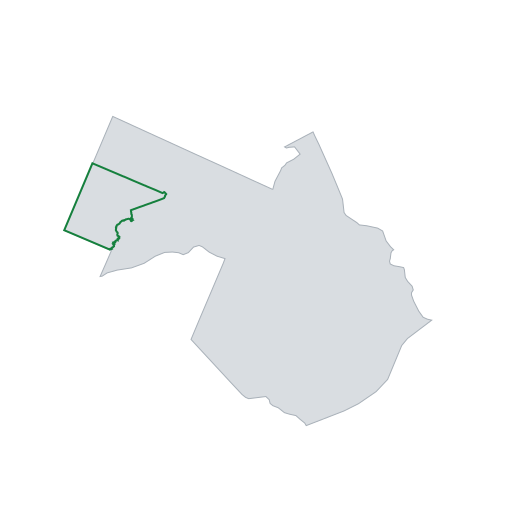 San Andrés, Petén, Guatemala (highlighted), rotated 293°
{"feature_id": "79465075B48357778365605", "entity_name": "San Andrés", "entity_type": "district", "adm_level": 2, "iso_a3": "GTM", "parent_name": "Guatemala", "parent_adm1": "Petén", "projection": "equal_earth", "projection_center": [-90.564, 17.38], "detail": "fine", "context": "in_parent", "style": "outline", "palette": "green", "viewbox_px": 512, "rotation_deg": 293, "n_neighbors": 0, "source": "geoboundaries", "source_scale": "gbopen_adm2", "svg_char_len": 5593}
<svg xmlns="http://www.w3.org/2000/svg" viewBox="0 0 512 512"><g transform="rotate(293 256 256)"><path d="M119.5,368.5L121.3,366.1L122.8,360.7L124.7,355.1L123.5,348.7L122.9,343.4L125.0,335.8L124.8,330.1L125.8,326.6L128.9,324.3L130.5,320.0L121.8,305.0L121.8,301.6L123.0,297.4L130.1,281.4L138.7,262.3L148.1,241.4L153.8,228.8L174.4,228.7L188.0,228.7L205.3,228.7L224.1,228.7L236.4,228.7L241.5,228.5L240.6,220.3L241.3,211.3L243.5,203.1L243.5,199.5L239.8,195.0L232.7,192.4L228.8,188.5L228.8,183.5L227.0,177.5L223.6,170.5L216.4,163.3L205.6,155.9L196.4,146.0L188.7,133.6L182.3,125.6L177.4,122.3L176.2,120.5L190.7,120.7L204.4,120.8L204.6,103.1L204.6,87.3L204.7,69.5L229.6,69.5L259.3,69.6L290.1,69.6L314.3,69.6L328.5,69.6L327.9,91.7L327.2,117.3L326.7,136.1L326.0,161.3L325.4,187.0L324.4,222.1L323.8,244.8L324.1,245.4L332.2,244.3L344.2,245.3L347.2,245.2L350.8,247.2L353.7,247.8L359.8,252.9L367.0,256.8L371.5,248.9L369.1,244.2L367.3,241.8L367.6,239.7L392.5,260.0L389.6,263.1L383.3,270.3L371.8,282.7L361.6,293.7L351.7,303.8L342.8,312.8L341.7,313.7L330.4,320.1L328.5,323.1L326.1,335.9L325.0,339.0L327.1,346.1L329.2,357.1L328.5,362.8L320.7,369.9L317.1,376.2L315.5,380.3L314.1,379.3L311.7,379.0L306.1,380.6L303.4,380.9L301.1,382.7L300.9,386.7L302.4,393.1L303.0,396.4L301.4,397.9L294.5,401.8L291.8,405.6L289.2,411.5L286.2,414.0L283.0,413.5L280.8,414.4L276.0,418.8L268.8,427.4L264.9,433.8L264.8,438.5L265.6,442.8L239.3,427.7L230.6,425.1L193.8,425.4L178.0,419.5L160.0,408.0L147.8,397.6L119.5,368.5Z" fill="#d9dde1" stroke="#a8b0b8" stroke-width="1"/><path d="M279.0,146.7L278.9,146.7L278.6,146.3L278.3,146.2L278.2,146.0L278.0,145.9L277.9,145.8L277.4,145.4L277.4,143.8L277.5,138.1L277.4,128.4L277.5,126.5L277.4,125.9L277.4,113.7L277.5,103.3L277.4,103.0L277.4,69.2L204.8,69.4L204.8,94.9L204.8,118.5L205.1,118.5L205.3,119.2L205.4,119.4L205.6,119.8L205.7,120.0L205.8,120.1L205.9,119.6L206.0,119.5L206.1,119.4L206.2,119.5L206.3,119.7L206.4,119.9L206.6,120.0L206.8,120.0L207.1,120.3L207.4,120.2L207.5,120.2L207.6,120.4L207.7,120.5L208.0,120.8L208.3,120.8L208.6,121.1L208.9,121.2L209.1,121.3L209.4,121.4L209.5,121.5L209.8,121.4L210.0,121.0L210.1,120.9L210.7,120.9L210.9,120.9L210.9,120.6L210.8,120.4L210.9,120.2L211.0,120.2L211.1,120.3L211.1,119.9L211.2,119.7L211.3,119.8L211.4,120.1L211.5,120.1L211.8,119.9L212.0,119.8L212.3,119.9L212.4,119.4L212.5,119.3L212.6,119.5L212.7,119.8L212.8,119.8L212.8,119.6L213.0,119.6L213.1,119.8L213.1,120.0L213.1,120.3L213.3,120.5L213.5,120.5L213.5,120.8L213.4,120.8L213.3,121.0L213.5,121.1L213.9,121.1L214.2,121.1L214.3,121.1L214.5,120.9L214.7,120.7L214.9,120.7L215.2,120.8L215.4,121.1L215.7,121.4L215.9,121.6L216.0,121.8L216.3,121.9L216.4,122.2L216.5,122.4L216.5,122.6L216.9,122.4L217.1,122.1L217.4,121.9L217.5,121.9L217.5,122.3L217.6,122.5L217.8,122.7L218.0,122.7L218.3,122.8L218.5,123.1L218.8,123.2L219.1,123.1L219.2,122.9L219.3,122.7L219.4,122.8L219.5,122.9L219.5,123.0L219.8,122.9L220.0,122.6L220.3,122.6L220.3,122.4L220.2,122.2L220.3,122.1L220.5,122.1L220.7,121.5L220.7,121.3L220.6,121.1L220.5,120.9L220.5,120.7L220.9,120.4L221.0,120.2L221.6,119.9L222.1,119.8L222.4,119.9L222.6,119.9L222.8,119.8L223.1,119.7L223.4,119.5L223.6,119.3L223.7,119.1L223.8,118.5L223.9,118.2L224.3,117.8L224.7,117.4L224.8,117.3L224.9,117.0L225.1,116.9L225.6,116.7L226.1,116.6L226.4,116.6L226.5,116.6L226.8,116.3L227.2,116.1L227.5,115.9L228.2,115.8L228.4,115.7L228.5,115.6L228.4,115.9L228.4,116.0L228.5,116.1L228.7,115.9L228.8,115.8L229.1,115.9L229.4,115.9L229.6,115.9L230.1,116.0L230.6,116.1L230.8,116.2L230.9,116.4L231.1,116.8L231.3,117.0L231.5,117.1L231.8,117.2L232.0,117.3L232.2,117.5L232.7,117.8L232.8,117.8L232.9,117.7L233.1,117.7L233.4,117.8L234.0,117.9L234.4,118.0L234.5,118.0L234.8,118.3L235.0,118.5L235.4,118.6L235.5,118.7L235.7,118.8L236.0,118.8L236.2,119.0L236.3,119.2L236.4,119.4L236.5,119.7L236.8,119.7L236.9,119.8L236.8,120.0L237.0,120.1L237.1,120.4L237.1,120.5L237.3,120.7L237.3,120.8L237.5,120.8L237.9,121.1L238.0,121.2L238.1,121.5L238.3,121.7L238.5,121.7L238.9,121.9L239.0,122.2L239.3,122.6L239.6,122.9L239.9,123.4L240.1,123.6L240.5,124.1L240.5,124.3L240.6,124.6L240.6,124.9L240.7,125.1L240.7,125.5L240.5,125.8L240.7,126.0L240.8,126.3L240.8,126.5L240.7,126.8L240.5,127.0L240.4,127.0L240.2,126.9L239.9,126.9L239.8,127.0L239.6,127.0L239.4,127.2L239.3,127.4L239.3,127.5L239.5,127.9L239.6,128.0L239.8,128.0L239.9,127.9L240.2,128.0L240.3,127.9L240.7,127.9L240.8,128.0L240.9,128.3L240.9,128.5L241.0,128.6L241.1,128.4L241.1,128.2L241.3,127.8L241.3,127.7L241.3,127.0L241.4,126.9L241.6,126.9L241.7,126.7L241.7,126.4L241.8,126.4L241.9,126.5L242.0,126.6L242.0,126.3L242.1,126.2L242.4,126.2L242.5,126.2L243.0,126.4L243.3,126.5L243.7,126.3L244.0,126.3L244.3,126.1L244.5,126.0L244.8,125.9L245.3,125.7L245.6,125.3L245.9,125.0L246.0,124.7L246.3,124.6L246.5,124.6L246.8,124.5L247.2,124.3L247.3,124.2L247.7,123.8L247.9,123.6L248.1,123.6L248.4,123.5L248.5,123.5L248.9,123.2L249.2,123.1L249.3,123.0L249.7,123.3L250.0,123.7L250.5,124.3L251.3,125.1L251.5,125.3L252.1,126.0L252.4,126.4L252.9,126.9L253.0,126.9L253.6,127.6L255.4,129.5L255.7,129.9L255.8,129.9L256.4,130.6L256.8,131.1L257.1,131.4L258.0,132.4L259.2,133.7L259.4,133.8L260.1,134.6L260.7,135.3L261.2,135.8L263.7,138.6L264.6,139.5L265.2,140.1L266.1,141.2L266.6,141.7L267.0,142.1L267.9,143.1L271.8,147.2L271.9,147.3L272.0,147.4L272.4,147.8L273.2,148.6L273.4,148.8L273.8,148.8L274.3,148.8L274.7,148.9L274.9,148.9L275.0,149.0L275.3,149.0L275.8,148.8L276.0,148.7L276.4,148.8L277.0,148.9L277.3,149.0L277.7,149.2L277.9,149.2L278.1,148.7L278.4,148.2L278.7,147.4L278.8,147.1L279.0,146.8L279.0,146.7Z" fill="none" stroke="#15803d" stroke-width="2"/></g></svg>